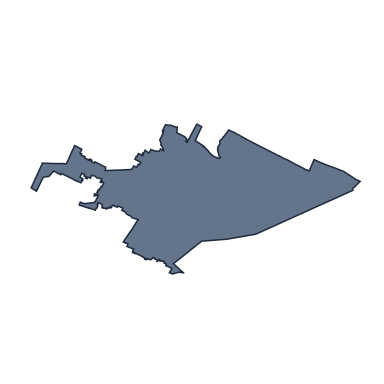 the district of Calimaya, México, Mexico, rotated 205°
{"feature_id": "50627088B64633993276422", "entity_name": "Calimaya", "entity_type": "district", "adm_level": 2, "iso_a3": "MEX", "parent_name": "Mexico", "parent_adm1": "México", "projection": "orthographic", "projection_center": [-99.619, 19.169], "detail": "fine", "context": "isolated", "style": "filled", "palette": "slate", "viewbox_px": 384, "rotation_deg": 205, "n_neighbors": 0, "source": "geoboundaries", "source_scale": "gbopen_adm2", "svg_char_len": 5783}
<svg xmlns="http://www.w3.org/2000/svg" viewBox="0 0 384 384"><g transform="rotate(205 192 192)"><path d="M233.2,117.6L230.5,117.6L230.5,117.9L228.1,118.0L227.9,115.1L220.8,115.6L220.6,112.2L218.9,112.1L219.0,112.7L218.4,112.7L218.3,112.1L217.0,112.2L216.9,112.6L213.0,112.6L210.2,112.5L209.2,112.5L209.1,112.2L208.0,112.2L206.7,112.2L206.6,111.1L205.1,111.1L205.2,112.3L203.7,112.3L203.7,112.9L200.9,113.0L200.0,114.5L199.8,115.3L199.6,116.2L198.0,116.3L197.9,115.6L194.7,115.7L194.6,115.0L194.5,114.4L194.1,114.8L194.0,115.6L193.1,116.7L192.9,117.1L192.6,117.0L192.5,115.9L191.0,116.1L190.9,116.5L189.6,116.7L189.5,117.2L187.8,117.3L187.4,115.8L184.9,116.0L184.8,114.2L182.2,114.2L180.6,114.3L178.1,114.4L178.1,112.7L178.4,109.3L175.4,109.4L174.9,109.7L173.8,110.4L171.2,112.9L170.1,113.4L169.9,113.9L168.9,114.3L168.2,114.2L167.9,114.5L167.4,114.6L166.6,114.7L166.2,114.8L165.7,115.2L166.6,115.5L169.7,116.3L171.4,117.0L174.1,117.8L178.6,119.2L175.2,125.8L169.7,136.9L165.4,145.7L162.3,151.6L151.5,157.7L140.8,163.7L116.3,180.8L46.9,261.5L47.8,262.7L44.1,272.7L45.5,272.7L46.7,272.7L48.3,272.5L49.8,272.7L51.0,273.0L55.9,273.7L57.3,273.9L58.4,274.0L60.1,274.3L61.5,274.6L63.1,274.7L64.4,274.7L72.0,274.2L74.5,274.0L78.7,273.6L82.2,273.3L85.5,273.2L88.0,273.0L89.1,273.0L90.8,273.0L95.1,273.0L94.8,264.7L94.7,260.7L97.5,260.5L98.5,260.3L100.5,260.5L111.2,260.9L118.0,261.4L121.4,261.3L122.0,261.2L128.1,261.6L129.3,261.4L131.8,261.6L139.0,261.8L146.8,262.1L161.3,262.6L179.5,263.8L183.7,263.7L184.9,263.8L185.2,262.5L185.3,262.0L185.3,261.7L185.5,260.3L186.0,258.7L186.3,256.6L186.5,256.1L186.9,255.4L187.1,253.5L187.3,252.7L187.4,252.3L187.8,251.7L188.2,250.9L188.3,250.2L188.2,249.5L187.8,248.8L187.2,247.4L186.9,246.7L187.3,245.9L187.4,244.4L187.4,243.8L187.6,243.1L186.3,241.3L186.7,241.2L186.6,240.8L185.7,239.7L183.6,237.4L183.1,236.4L180.8,235.2L180.9,234.5L181.7,234.1L183.5,233.8L185.8,233.5L186.1,233.4L186.3,233.4L186.6,233.5L186.9,233.5L187.9,233.5L188.2,233.7L189.2,233.9L189.5,233.8L189.8,233.7L190.0,234.0L190.3,234.2L190.6,234.4L190.9,234.5L191.1,234.4L191.4,234.3L191.5,234.3L191.9,234.6L192.0,234.7L192.3,234.9L192.8,235.1L193.0,235.2L193.4,235.3L193.7,235.6L193.9,235.7L194.5,236.0L194.8,236.2L195.5,236.5L196.1,236.7L196.3,236.7L196.6,236.5L196.9,236.8L197.2,237.0L197.3,237.1L197.5,237.3L198.4,237.6L198.5,237.7L198.8,237.6L199.0,237.6L199.4,237.7L199.7,237.8L199.9,237.8L200.1,238.0L200.4,238.2L200.6,238.2L200.8,238.2L200.6,238.5L210.8,240.0L210.8,250.6L210.8,252.4L210.8,255.3L212.9,255.4L216.3,255.5L216.5,252.7L217.3,237.5L217.5,235.0L219.1,235.2L218.9,237.6L219.0,237.7L219.5,238.1L219.8,238.1L220.4,238.4L220.8,238.5L221.3,238.7L221.8,239.0L223.0,239.0L223.7,239.2L223.9,239.2L224.4,239.1L225.0,239.1L225.6,239.0L225.8,239.1L226.1,239.1L226.6,239.4L227.0,239.3L227.7,239.3L228.4,239.1L228.9,239.1L229.3,239.3L229.7,239.2L230.0,239.1L230.4,239.4L230.9,239.4L232.8,244.6L233.0,244.4L233.6,244.2L234.4,244.0L235.6,243.8L237.0,243.7L239.2,243.5L240.1,243.4L240.7,243.2L241.2,242.8L241.9,242.3L242.9,242.3L243.5,242.1L244.2,242.0L244.4,241.7L244.3,241.2L244.3,240.9L244.4,240.4L244.6,240.0L244.5,239.0L244.6,237.8L244.6,236.0L244.5,234.7L244.1,234.8L243.6,235.3L243.5,233.2L243.1,233.2L243.1,228.5L243.2,226.0L243.2,225.5L241.7,224.0L240.5,223.2L240.3,221.5L239.9,221.3L239.1,221.1L238.6,220.8L237.1,219.4L236.1,218.4L235.3,217.5L235.6,217.5L236.3,217.6L237.2,217.6L238.0,217.6L238.8,217.6L238.7,215.0L238.8,214.9L239.3,214.8L241.7,214.0L243.3,213.5L244.1,213.4L244.9,213.4L245.6,213.2L246.8,213.0L247.2,213.1L247.4,209.3L248.0,209.3L248.9,209.3L249.2,209.5L249.9,209.6L251.2,209.6L251.5,209.9L252.1,210.2L252.2,206.7L253.0,206.7L253.0,205.7L252.0,205.7L252.0,204.2L256.8,204.2L256.8,201.0L257.4,201.0L257.5,200.9L257.6,197.6L255.0,197.4L251.0,197.3L251.2,194.5L252.5,194.5L252.7,191.0L255.8,191.0L256.2,187.0L259.3,185.3L261.9,184.0L265.5,182.0L268.4,180.6L279.6,174.8L280.7,178.0L284.6,178.0L285.1,178.1L292.8,178.3L293.0,176.9L296.0,177.1L296.0,178.1L296.8,178.1L296.8,178.7L298.5,178.7L298.4,177.7L298.9,177.7L298.9,177.2L300.4,177.2L300.4,177.5L303.8,177.5L304.0,177.7L304.0,178.9L305.9,178.7L306.9,178.4L308.0,178.4L308.0,180.0L310.0,179.9L310.0,184.2L318.0,184.5L317.9,178.5L318.0,178.4L317.7,167.2L317.8,167.2L317.8,164.6L317.8,164.4L320.9,163.3L327.7,160.1L339.9,154.9L339.7,154.5L339.6,132.6L339.5,127.7L333.3,127.0L333.1,142.6L328.5,145.5L328.2,145.8L326.2,152.5L318.2,152.2L318.2,153.6L304.6,153.4L304.6,153.2L302.7,153.1L300.3,153.2L300.4,153.4L296.6,153.4L296.6,155.1L296.3,155.2L296.3,155.9L296.1,155.9L296.0,156.8L296.7,156.8L296.6,157.8L299.9,158.3L299.8,162.3L296.6,162.4L296.6,160.9L294.4,160.9L294.4,159.6L293.0,159.6L293.0,159.9L292.7,159.9L292.6,161.5L290.0,161.5L290.0,164.7L289.8,164.8L289.4,164.7L289.1,164.8L288.8,164.9L288.6,165.0L288.5,164.9L287.8,165.2L287.1,165.3L286.2,165.4L285.3,165.0L285.0,164.8L284.7,164.7L284.1,164.6L282.6,165.0L279.3,165.8L279.3,162.0L278.4,162.1L278.5,163.7L278.0,163.7L277.9,163.1L275.9,163.0L275.8,158.8L276.7,158.7L276.7,155.6L277.2,155.6L277.1,154.0L277.9,154.0L277.9,151.5L277.2,151.5L277.1,149.5L279.4,149.3L279.2,147.2L275.4,149.4L275.7,142.1L275.8,142.1L276.2,141.2L284.7,135.9L289.0,135.6L288.8,132.6L288.7,132.5L285.2,132.9L281.9,133.3L280.2,133.6L278.2,133.7L278.2,134.2L272.0,134.6L272.0,136.6L271.5,136.6L271.5,138.9L271.6,139.9L272.2,139.9L272.2,141.2L272.6,141.2L272.6,142.7L268.1,142.7L267.0,139.7L265.2,140.0L265.2,140.3L262.5,140.4L262.6,141.5L261.2,141.6L261.0,142.6L260.0,142.6L260.1,143.6L258.5,143.6L258.7,146.4L253.2,146.6L253.0,148.1L249.1,148.2L247.7,148.1L247.8,145.6L244.5,145.8L244.1,145.5L242.1,144.4L239.1,144.2L237.6,144.3L235.4,143.3L229.1,144.2L229.7,140.9L230.5,133.8L231.1,130.6L232.8,120.3L233.2,117.6Z" fill="#64748b" stroke="#1e293b" stroke-width="1.5"/></g></svg>